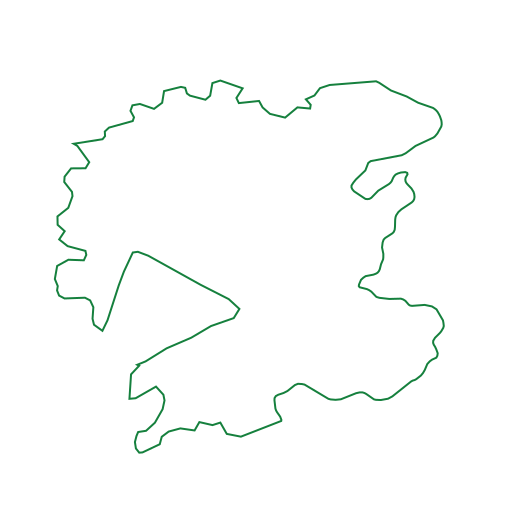 the border of Shropshire, rotated 172°
{"feature_id": "GBR-2779", "entity_name": "Shropshire", "entity_type": "Unitary Single-Tier County", "adm_level": 1, "iso_a3": "GBR", "parent_name": "United Kingdom", "parent_adm1": "", "projection": "robinson", "projection_center": [-2.808, 52.647], "detail": "fine", "context": "isolated", "style": "outline", "palette": "green", "viewbox_px": 512, "rotation_deg": 172, "n_neighbors": 0, "source": "natural_earth", "source_scale": "10m", "svg_char_len": 3312}
<svg xmlns="http://www.w3.org/2000/svg" viewBox="0 0 512 512"><g transform="rotate(172 256 256)"><path d="M84.6,177.9L79.8,166.2L79.7,163.6L79.8,160.5L80.6,158.7L83.1,155.6L84.6,154.2L90.1,150.1L92.3,147.4L92.7,145.3L92.3,143.4L91.3,141.2L90.5,138.6L89.6,134.4L90.3,132.0L91.6,130.2L96.0,128.9L98.6,127.5L101.4,125.2L104.7,119.7L106.9,116.9L109.3,114.7L114.5,111.7L116.1,111.1L118.2,110.8L119.8,110.2L140.5,98.0L145.1,96.3L152.4,96.0L157.3,96.9L159.1,97.6L166.0,104.0L167.6,105.2L169.5,106.1L172.4,106.5L176.0,106.2L191.9,102.3L197.2,102.5L202.1,103.6L204.2,104.5L225.8,121.9L228.3,122.8L232.2,123.6L235.4,122.8L243.7,117.9L247.8,116.5L253.3,115.5L255.9,114.5L257.4,112.7L257.8,110.6L258.0,102.2L257.6,100.2L256.9,98.4L254.4,93.5L253.5,89.3L253.3,89.3L296.1,79.2L309.7,83.9L314.5,96.0L322.6,94.6L335.2,99.4L341.1,91.8L354.9,95.8L366.9,94.3L374.5,90.1L377.5,83.0L395.7,77.3L399.0,77.5L401.7,82.1L401.8,88.6L399.4,94.4L397.2,98.1L389.2,98.2L379.3,105.0L369.8,117.3L366.7,125.7L367.0,131.5L373.2,140.6L395.0,131.9L401.2,132.2L396.2,156.2L387.0,163.6L388.7,164.8L380.0,167.0L357.4,177.0L331.5,184.1L310.3,192.9L286.7,197.6L279.8,205.9L289.0,217.1L315.0,235.3L343.2,256.6L362.7,271.3L372.4,276.6L377.5,276.6L382.1,269.5L389.0,258.9L396.0,246.0L412.0,213.0L418.5,203.3L426.0,210.5L426.6,216.6L424.2,227.9L426.4,235.1L431.2,238.5L451.5,240.6L456.5,244.2L457.8,249.6L456.5,253.8L458.4,261.2L454.3,273.8L442.3,278.4L427.1,275.7L423.9,280.7L424.2,284.8L441.2,292.0L448.6,299.8L442.0,307.2L448.1,314.5L447.1,322.8L435.2,329.8L429.4,340.8L429.3,345.1L435.6,356.0L434.5,361.2L426.9,368.5L412.6,366.6L408.1,372.1L417.6,389.9L420.9,392.5L391.7,393.0L388.8,395.7L388.4,400.3L383.7,403.6L359.3,406.8L357.5,410.3L360.1,417.2L357.4,422.4L349.8,422.7L336.5,415.9L327.6,420.8L324.1,432.1L306.8,433.9L302.7,432.4L301.8,426.6L299.1,424.0L289.1,419.8L284.3,417.8L279.1,421.1L275.1,433.3L266.9,434.7L245.9,423.9L253.4,415.2L251.7,409.8L231.4,409.1L228.8,402.2L222.4,394.8L207.9,389.0L194.3,397.4L181.9,394.5L180.8,398.1L184.8,404.2L175.8,406.8L169.3,413.3L159.3,415.1L159.2,415.1L112.8,412.3L109.9,410.4L99.3,401.1L84.6,393.0L74.1,385.2L60.1,378.0L58.7,376.7L57.3,375.1L56.2,373.4L55.1,370.8L54.4,368.6L53.6,364.5L53.6,362.5L53.8,360.4L54.5,358.4L59.3,352.1L62.1,349.6L63.8,348.6L82.7,342.8L93.5,336.9L97.7,335.5L129.2,334.0L131.9,332.5L135.8,325.5L146.4,317.9L149.5,315.0L151.6,312.5L151.9,310.6L151.3,308.6L149.9,306.4L139.7,297.3L137.7,296.8L135.7,296.8L133.7,297.6L125.8,303.7L114.4,308.7L112.7,309.8L111.3,311.1L109.2,314.5L107.9,316.0L106.4,317.2L104.0,318.0L100.9,318.5L96.5,318.3L94.7,317.3L94.6,315.8L96.9,312.8L97.5,311.0L97.5,309.0L96.9,307.3L95.9,305.7L92.7,301.3L91.1,297.7L90.7,295.3L90.8,292.4L91.5,290.2L92.7,288.6L94.3,287.4L105.5,282.0L108.9,279.7L111.5,276.8L112.4,275.1L113.1,272.7L114.3,265.6L115.0,262.7L116.2,260.7L117.7,259.5L125.5,255.9L127.3,254.5L128.7,251.8L130.0,246.9L129.6,240.4L130.1,237.0L130.6,235.0L133.3,230.5L135.3,225.6L136.5,223.8L138.0,222.5L139.7,221.8L142.3,221.2L150.2,220.8L152.7,219.6L155.3,217.8L157.9,213.5L158.4,211.9L157.7,210.6L150.8,207.8L148.8,206.5L146.8,204.7L142.6,198.9L142.0,198.5L139.6,197.4L129.9,194.9L118.5,193.6L116.3,192.5L114.3,190.8L111.5,186.5L110.3,185.5L108.4,184.9L95.8,184.1L88.8,181.6L84.7,178.1L84.6,177.9Z" fill="none" stroke="#15803d" stroke-width="2"/></g></svg>